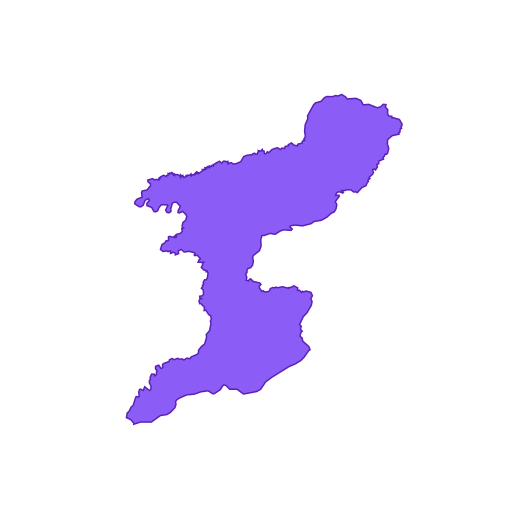 Buenos Aires, Cauca, Colombia (Natural Earth projection), rotated 241°
{"feature_id": "7082276B47892047719845", "entity_name": "Buenos Aires", "entity_type": "district", "adm_level": 2, "iso_a3": "COL", "parent_name": "Colombia", "parent_adm1": "Cauca", "projection": "natural_earth1", "projection_center": [-76.681, 3.052], "detail": "fine", "context": "isolated", "style": "filled", "palette": "violet", "viewbox_px": 512, "rotation_deg": 241, "n_neighbors": 0, "source": "geoboundaries", "source_scale": "gbopen_adm2", "svg_char_len": 6148}
<svg xmlns="http://www.w3.org/2000/svg" viewBox="0 0 512 512"><g transform="rotate(241 256 256)"><path d="M373.8,203.1L374.9,198.1L373.2,197.5L370.1,198.7L368.6,197.7L366.6,192.7L368.0,187.9L367.1,186.7L362.7,184.9L363.4,179.3L362.0,176.3L360.5,175.2L355.9,177.6L354.8,179.1L355.1,182.0L358.4,185.9L358.5,189.5L356.4,189.8L355.0,186.1L352.9,185.0L349.0,188.3L344.3,188.3L343.3,189.6L343.2,191.9L345.6,194.9L346.7,198.1L343.7,203.2L343.0,203.4L340.0,199.2L337.4,199.2L336.3,200.3L335.9,201.8L336.4,203.4L338.7,204.4L342.7,208.4L342.7,210.3L341.7,212.5L336.1,213.9L333.4,209.9L331.8,208.8L330.8,209.9L330.5,213.4L326.0,214.9L323.9,214.5L321.3,211.7L320.8,208.5L318.5,206.2L316.7,205.4L315.6,206.1L315.9,204.3L313.1,203.4L312.5,200.4L313.6,196.7L313.0,196.0L311.8,196.2L311.0,195.0L311.6,194.0L312.9,194.8L312.6,192.5L315.0,190.1L315.3,188.8L312.0,187.0L312.9,184.8L311.7,182.6L311.7,179.4L308.1,175.6L305.0,176.8L303.8,180.3L302.5,181.1L301.9,183.6L299.7,182.5L299.4,185.4L297.5,186.9L296.1,186.0L295.6,189.5L298.1,190.4L298.0,193.8L294.3,195.1L292.5,199.8L289.0,203.4L287.6,204.0L287.0,202.6L286.2,202.4L285.0,205.0L280.6,206.1L280.2,204.2L278.6,202.3L275.9,207.1L275.5,205.6L274.0,204.9L272.5,202.6L268.9,203.6L268.0,205.0L266.4,204.7L266.5,206.0L264.2,205.7L260.5,202.9L259.3,201.0L260.1,199.7L259.8,198.8L258.5,197.0L256.6,196.4L256.4,195.0L255.2,194.7L254.3,192.6L251.7,193.4L248.0,191.5L247.2,189.8L248.1,187.3L246.8,186.6L245.1,187.6L245.7,186.3L244.3,184.3L241.6,183.6L241.1,184.7L236.1,186.0L233.4,184.2L232.9,185.9L227.5,186.2L225.9,187.4L222.5,186.4L221.1,184.5L218.8,183.9L213.2,179.1L211.4,174.4L208.7,173.3L203.8,168.2L203.4,164.8L201.5,160.1L199.1,158.7L198.5,156.8L199.2,150.5L198.2,148.5L200.2,146.1L200.0,142.4L201.7,141.7L202.8,139.0L204.5,138.0L205.0,134.1L207.1,132.8L207.2,130.1L205.9,128.7L206.8,122.9L206.2,121.4L203.7,120.5L203.4,119.1L204.1,118.3L207.7,118.0L208.2,114.6L205.9,113.4L203.3,113.8L202.7,112.6L200.6,111.6L200.3,109.4L202.0,109.7L203.3,107.4L201.0,104.4L199.3,104.0L198.9,102.6L197.0,101.3L192.9,101.1L190.5,99.4L189.9,98.0L190.6,97.3L195.6,95.3L193.1,92.2L195.5,90.5L195.7,89.5L193.9,87.5L190.1,85.9L189.6,84.5L190.9,83.7L191.0,82.6L184.8,76.0L184.3,73.4L181.7,69.7L181.1,67.2L177.4,64.3L173.7,67.1L169.0,68.1L168.1,67.5L166.8,74.4L161.5,84.0L162.8,95.0L160.5,101.3L160.7,105.4L162.7,111.6L164.8,113.9L167.6,115.1L168.5,116.3L168.9,119.7L168.1,128.2L165.1,135.0L163.9,142.1L161.3,148.8L156.9,151.1L155.8,152.5L156.4,160.1L158.6,163.9L158.8,165.7L157.2,167.0L152.2,168.4L148.7,174.8L141.3,178.2L137.1,191.0L137.2,195.5L141.3,203.5L142.3,211.6L143.3,231.5L142.6,237.5L142.9,244.6L144.1,248.9L147.8,256.4L147.8,257.8L151.4,258.3L158.8,255.6L161.8,256.6L164.5,255.6L167.2,258.0L167.8,260.0L169.7,259.4L171.4,260.1L172.5,261.6L174.9,260.8L180.0,267.9L181.6,273.0L186.0,280.4L188.9,282.9L192.2,283.3L193.9,286.1L197.6,286.4L201.2,282.7L201.3,280.5L202.6,279.6L202.1,278.2L205.0,277.4L205.7,275.6L207.9,277.0L211.5,274.7L211.6,271.4L212.6,268.9L212.1,268.6L216.3,264.3L217.7,259.5L219.0,258.6L219.3,256.6L220.2,255.6L220.6,252.7L219.1,251.1L218.9,249.5L220.3,246.2L222.2,245.4L222.1,244.0L226.4,243.5L228.0,244.3L228.8,246.6L230.6,246.2L235.3,241.1L238.5,240.4L238.8,239.0L237.9,237.4L239.5,235.6L241.6,237.5L245.5,238.4L245.9,240.1L248.1,241.3L248.9,242.9L248.4,245.6L249.6,248.5L252.6,251.1L256.6,252.5L257.7,253.9L259.0,261.7L262.4,265.4L267.9,268.0L271.0,271.1L269.9,273.4L268.9,279.3L265.7,283.3L266.1,289.5L265.5,292.9L261.4,299.1L262.0,300.8L265.1,299.6L265.6,301.2L264.2,305.0L259.8,311.3L257.6,319.7L258.0,323.9L255.7,329.8L255.5,332.1L255.6,336.9L256.9,342.3L256.6,345.7L258.4,348.8L261.6,351.5L265.2,351.8L267.9,357.9L269.0,358.0L270.4,355.1L271.9,356.7L272.3,358.3L271.8,360.0L269.0,362.4L269.3,363.3L271.6,362.7L270.0,365.9L269.9,367.7L267.6,371.2L264.6,372.5L263.6,374.6L262.3,375.3L264.5,381.9L264.2,386.5L265.8,388.1L266.7,390.4L268.1,390.7L268.4,393.1L269.8,392.8L271.0,397.5L272.1,399.2L275.0,399.8L274.9,401.5L273.3,402.2L275.0,405.4L277.5,405.9L277.2,408.0L279.5,409.5L278.9,414.5L280.7,415.0L281.0,416.5L282.5,418.3L281.7,419.1L282.0,420.8L285.8,424.3L290.3,425.2L294.0,427.6L295.2,433.6L293.2,440.1L294.6,440.4L294.4,441.7L297.3,443.9L297.1,445.2L298.7,445.5L299.5,447.1L300.8,447.7L305.9,447.6L310.6,442.9L310.9,441.9L312.4,442.5L313.9,440.1L316.6,440.0L320.3,442.2L323.3,441.3L325.4,443.1L327.0,440.8L326.1,437.4L326.8,434.0L334.0,428.1L336.2,423.1L341.3,423.1L345.4,419.9L349.2,411.9L352.0,411.4L355.7,409.2L356.3,404.9L357.7,403.6L358.2,400.4L361.3,394.9L361.2,392.1L359.7,387.8L361.1,382.4L360.4,379.8L353.6,369.0L351.0,367.9L346.9,362.6L341.4,358.9L336.7,357.2L334.9,354.4L333.6,354.7L333.9,352.1L332.4,351.1L333.5,346.8L332.3,345.7L334.5,342.9L337.7,341.9L337.7,338.2L336.6,337.7L337.7,334.6L336.1,333.1L337.9,331.0L337.3,328.8L340.0,327.6L340.7,326.0L341.4,321.6L340.2,317.2L341.7,316.5L340.8,315.0L340.9,313.5L341.4,313.0L343.8,313.9L344.6,312.9L346.2,313.2L345.5,310.9L347.0,309.2L346.1,309.1L346.0,307.9L344.5,306.5L345.2,305.0L346.5,304.7L347.0,302.7L346.5,301.8L348.3,297.5L349.0,293.5L345.9,288.4L346.4,283.3L347.5,280.5L349.3,279.9L350.1,278.7L350.1,276.2L352.4,277.3L352.5,276.1L353.9,275.0L354.7,273.4L353.8,271.1L356.6,269.9L356.7,265.9L356.1,265.6L356.7,264.3L356.4,262.7L355.5,262.3L356.7,261.7L356.0,260.0L356.9,259.4L355.9,258.4L357.2,258.4L356.6,257.6L357.8,256.7L356.8,255.9L357.8,254.5L356.2,254.5L356.4,252.7L357.1,252.8L356.5,252.0L357.5,251.0L356.6,250.9L356.0,246.5L356.9,245.9L356.0,245.4L356.8,244.6L358.4,244.9L358.2,243.6L357.0,243.1L358.0,241.5L357.0,242.2L356.7,241.6L358.1,239.5L357.5,238.3L359.3,238.9L358.8,236.9L360.0,235.2L359.2,234.1L360.2,233.8L359.4,232.3L359.8,231.3L358.8,230.9L360.7,231.0L361.2,230.2L362.0,231.0L362.6,230.0L361.4,229.9L361.7,229.0L363.1,229.1L362.0,228.1L363.4,228.4L365.4,226.5L366.7,224.2L365.9,223.8L366.8,223.2L367.5,224.2L368.3,222.8L369.0,223.3L370.0,222.6L369.6,221.6L370.4,220.6L369.8,219.9L370.8,219.1L369.4,218.3L369.7,217.0L368.9,216.3L371.4,214.3L371.5,210.9L370.6,210.3L371.3,209.8L371.2,208.7L369.9,208.7L369.5,207.9L371.3,206.1L371.5,204.4L373.8,203.1Z" fill="#8b5cf6" stroke="#5b21b6" stroke-width="1.5"/></g></svg>